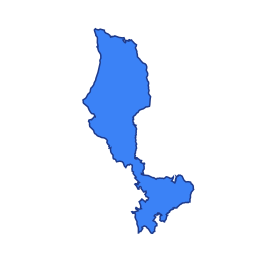 Vanatori, Mures, Romania, rotated 229°
{"feature_id": "2599482B98796527155526", "entity_name": "Vanatori", "entity_type": "district", "adm_level": 2, "iso_a3": "ROU", "parent_name": "Romania", "parent_adm1": "Mures", "projection": "natural_earth1", "projection_center": [25.005, 46.213], "detail": "fine", "context": "isolated", "style": "filled", "palette": "blue", "viewbox_px": 256, "rotation_deg": 229, "n_neighbors": 0, "source": "geoboundaries", "source_scale": "gbopen_adm2", "svg_char_len": 5783}
<svg xmlns="http://www.w3.org/2000/svg" viewBox="0 0 256 256"><g transform="rotate(229 128 128)"><path d="M224.3,168.5L224.1,167.0L223.3,166.5L219.5,164.9L218.9,164.4L217.0,164.4L216.1,164.1L212.5,160.8L210.0,159.5L209.6,157.8L209.1,157.9L208.8,158.3L208.5,157.7L207.7,157.6L207.4,157.2L205.4,156.3L201.9,155.8L200.5,155.0L198.4,153.2L197.8,151.7L197.0,150.7L196.3,150.5L195.4,149.7L189.7,141.9L186.5,136.4L185.3,134.9L184.3,132.2L183.1,130.5L182.5,128.0L182.4,126.2L181.7,125.0L180.1,123.2L179.8,121.6L179.8,119.9L178.4,116.4L178.3,115.1L178.7,112.4L177.0,111.4L176.7,111.0L175.8,110.7L170.2,111.6L167.1,110.5L164.0,110.0L162.4,110.2L161.2,111.4L158.1,110.8L157.9,110.6L158.5,110.3L158.6,109.2L158.3,108.3L158.5,107.1L158.1,106.4L158.1,105.9L158.8,105.4L159.6,103.7L158.9,102.6L158.3,102.7L156.4,101.9L155.8,101.1L154.1,100.1L148.9,100.5L146.4,99.4L145.5,99.3L144.5,99.7L142.3,99.8L140.7,100.5L140.0,101.1L138.3,101.7L136.1,103.6L134.4,104.2L132.3,104.2L131.8,104.0L131.3,102.9L130.9,102.6L129.1,102.2L127.0,102.4L126.6,101.4L125.4,101.4L125.1,100.7L124.8,101.2L124.1,101.2L124.1,101.6L123.6,100.9L121.2,99.3L120.0,99.0L117.3,98.9L116.0,97.7L114.7,96.9L114.2,96.8L113.8,97.3L112.3,97.9L110.0,97.2L108.4,100.0L106.4,101.5L105.0,101.6L101.5,100.3L99.6,100.4L100.3,102.1L100.4,103.6L100.2,104.1L99.3,104.5L99.4,105.5L99.2,106.0L97.1,106.8L95.4,105.3L94.7,104.3L92.6,102.8L91.3,103.3L90.2,102.0L85.6,101.8L85.8,100.4L79.3,100.8L79.5,100.1L79.7,100.3L80.3,99.6L78.7,98.5L79.1,98.0L80.5,97.8L81.0,97.2L81.1,96.3L78.6,96.3L75.3,95.5L74.7,96.2L75.7,97.1L76.1,98.4L75.9,98.8L74.7,99.1L74.1,98.7L73.9,98.2L73.6,98.1L71.8,98.1L69.4,97.8L68.8,98.9L69.1,99.3L68.4,100.1L68.0,99.6L67.1,99.3L67.0,98.0L66.7,97.1L65.9,97.3L64.4,96.6L63.5,97.3L61.7,97.7L60.7,95.7L60.7,95.3L61.5,94.8L60.7,92.6L65.3,91.9L65.2,91.0L64.8,91.0L65.1,88.1L61.8,87.0L60.5,86.3L59.8,85.3L58.3,85.2L59.2,83.6L60.0,82.8L62.7,82.0L62.5,81.2L61.1,80.8L60.5,81.7L58.9,81.3L60.3,78.0L61.4,76.6L62.1,76.4L62.3,75.9L60.4,75.7L59.2,77.4L57.6,76.7L56.4,75.2L56.3,75.4L54.9,74.3L51.4,73.4L49.7,71.8L46.6,70.7L45.2,69.8L42.0,67.0L41.8,67.3L42.2,68.1L42.2,68.9L41.5,69.8L42.4,73.1L43.6,73.0L44.0,73.7L43.6,74.4L43.5,76.0L41.4,77.1L40.3,76.8L38.4,77.2L33.8,76.5L32.8,77.0L32.4,77.6L32.9,79.2L32.4,80.3L34.1,81.5L34.4,82.1L35.7,83.6L35.8,84.6L35.3,85.7L36.9,87.0L37.5,86.8L39.7,87.0L41.6,86.1L42.6,90.5L44.4,90.1L44.7,91.7L43.4,92.6L42.9,93.5L43.1,94.5L44.2,94.1L44.3,94.8L43.0,95.9L42.4,95.9L41.8,95.5L40.7,96.5L39.9,96.1L40.5,95.0L40.3,94.5L39.9,93.8L38.3,92.8L37.6,91.6L35.9,91.9L34.9,93.5L33.8,93.6L33.2,94.0L33.8,94.9L34.1,96.8L36.2,99.5L36.1,100.1L36.5,99.9L37.7,100.2L37.6,101.1L37.2,101.8L37.8,102.1L37.5,102.4L37.6,102.8L37.3,104.1L37.6,104.7L38.1,104.7L38.2,105.1L37.9,106.0L38.1,106.7L37.6,107.5L37.8,107.7L37.1,108.7L37.2,109.4L37.8,109.6L37.4,110.0L37.6,110.2L37.7,110.6L36.4,111.4L35.6,112.5L36.1,113.5L35.9,113.9L36.1,117.0L35.7,118.1L36.0,118.7L35.6,119.3L35.6,120.0L34.7,121.2L33.9,122.9L33.2,123.4L33.0,124.0L32.3,124.3L32.0,125.3L32.0,126.2L31.7,126.4L32.4,126.9L32.9,127.6L33.7,127.9L34.3,129.3L36.8,131.5L37.1,132.5L37.9,133.4L38.6,137.3L39.6,137.6L40.5,138.5L41.8,139.3L43.5,139.5L44.2,139.1L46.1,139.7L48.0,138.2L49.3,136.4L51.1,136.0L52.4,136.1L56.1,137.2L58.1,136.5L58.9,135.5L58.8,135.0L59.3,135.0L59.3,134.2L59.0,133.3L59.3,132.9L59.2,132.7L59.8,132.6L59.3,132.4L58.9,131.6L58.3,131.2L58.5,130.9L58.0,130.7L57.9,130.0L57.3,129.8L57.4,129.5L56.8,129.3L56.8,128.6L56.4,128.4L56.3,127.4L55.9,127.4L56.0,127.1L58.5,126.6L59.5,126.1L59.8,127.5L60.7,129.6L61.4,130.2L61.1,128.5L62.5,126.6L63.6,126.4L65.8,125.2L66.2,124.2L66.0,123.7L66.3,121.8L67.3,121.2L68.3,120.0L69.4,119.1L70.2,117.6L70.9,117.0L70.9,115.6L73.6,114.9L73.6,114.6L74.4,114.0L78.8,112.1L82.2,108.9L84.3,107.8L84.9,108.3L83.8,108.8L82.9,108.8L82.7,109.3L84.2,110.2L85.2,110.3L85.7,111.3L86.2,111.5L86.5,113.3L88.5,115.0L89.5,115.5L90.0,116.2L90.0,116.9L90.4,117.2L91.0,117.1L91.0,116.4L91.5,115.8L93.1,115.4L93.7,115.0L94.2,115.1L94.0,116.1L94.5,116.9L95.8,115.9L97.8,115.6L98.2,115.2L99.3,115.4L100.3,114.7L99.4,113.7L100.5,113.3L100.8,113.9L101.3,113.8L101.9,114.3L102.4,115.5L103.1,115.5L104.2,116.5L104.1,117.0L105.8,118.7L106.0,119.4L106.9,120.4L107.1,121.2L109.9,122.8L109.9,123.6L110.3,124.0L112.7,124.7L113.2,125.2L113.5,125.9L115.9,127.2L115.8,127.6L116.0,127.9L117.3,128.6L117.4,129.7L118.5,130.3L119.3,131.3L120.7,132.4L121.4,133.3L121.5,133.7L122.4,134.2L124.0,134.3L124.5,135.3L124.7,134.6L125.1,134.6L124.9,134.8L124.9,135.1L126.0,135.4L127.3,134.7L127.4,135.1L128.4,135.4L128.4,135.7L129.3,135.8L130.3,136.5L131.0,137.2L130.7,137.7L130.9,137.9L131.4,137.7L132.0,138.8L132.9,138.8L133.2,140.8L133.0,142.1L133.6,144.3L133.2,145.7L133.9,147.8L133.9,148.4L133.4,150.0L132.4,152.3L132.1,155.6L131.5,156.1L130.3,158.4L131.1,159.5L135.4,163.8L136.8,165.6L139.8,165.9L141.0,166.4L142.6,168.6L144.3,169.3L145.2,170.3L146.9,171.2L147.8,172.6L149.2,173.6L150.8,173.7L153.8,175.0L154.2,175.4L154.8,177.3L156.4,178.8L159.4,179.6L160.2,180.3L160.5,180.9L161.5,182.0L162.2,182.5L163.9,183.1L165.2,183.0L167.4,181.9L171.1,181.8L171.9,182.0L175.5,181.8L177.4,183.3L179.3,184.2L180.0,185.0L183.5,186.1L184.0,186.6L184.3,187.7L185.2,189.0L187.5,188.4L189.5,188.4L190.5,188.2L192.1,188.4L192.6,187.0L193.5,187.2L193.9,186.8L193.9,186.4L193.7,186.1L193.1,185.9L193.4,185.2L194.8,184.7L195.3,183.6L195.4,183.4L194.9,183.2L194.3,182.6L194.2,181.8L195.7,181.6L197.7,181.9L197.2,183.0L196.6,183.5L198.8,184.2L199.5,183.1L202.2,180.7L206.0,178.6L206.2,178.3L206.0,178.1L206.6,177.3L206.6,177.1L207.1,176.1L207.4,176.1L207.4,175.8L207.8,175.6L207.7,175.2L208.0,175.1L208.1,174.5L209.7,175.1L212.2,174.6L214.0,173.6L215.4,173.4L216.7,173.7L217.3,174.3L220.8,171.9L221.5,169.9L223.4,168.7L224.3,168.5Z" fill="#3b82f6" stroke="#1e3a8a" stroke-width="1.5"/></g></svg>